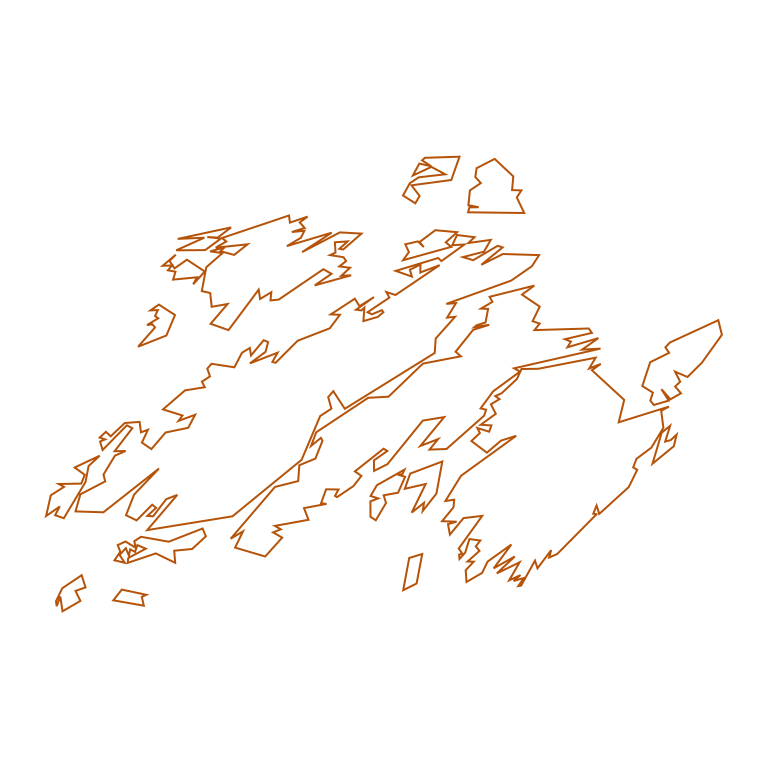 Vikna nor, Nord-Trøndelag, Norway
{"feature_id": "86288312B81438149454650", "entity_name": "Vikna nor", "entity_type": "district", "adm_level": 2, "iso_a3": "NOR", "parent_name": "Norway", "parent_adm1": "Nord-Trøndelag", "projection": "albers", "projection_center": [10.974, 64.92], "detail": "fine", "context": "isolated", "style": "outline", "palette": "amber", "viewbox_px": 768, "rotation_deg": 0, "n_neighbors": 0, "source": "geoboundaries", "source_scale": "gbopen_adm2", "svg_char_len": 6118}
<svg xmlns="http://www.w3.org/2000/svg" viewBox="0 0 768 768"><path d="M468.3,243.0L474.5,237.2L457.0,235.0L452.3,245.2L464.4,244.5L441.4,261.1L438.2,258.0L395.7,270.9L411.9,276.6L409.9,269.7L420.5,264.5L420.3,272.5L439.7,265.1L395.5,295.0L386.3,292.0L389.4,297.6L367.6,312.2L371.9,314.3L381.9,310.2L383.4,312.2L377.8,316.9L363.4,321.1L364.4,307.7L361.6,310.4L356.1,309.7L374.0,297.1L359.5,306.2L354.8,298.7L330.8,314.4L339.9,314.8L329.8,328.3L297.7,340.7L275.6,362.8L272.4,361.9L277.6,352.7L249.9,363.4L265.6,351.8L268.1,342.0L263.7,340.2L251.0,355.5L249.8,348.0L242.0,352.7L234.4,367.3L211.5,363.8L207.3,368.6L210.0,376.4L201.9,381.6L204.8,387.2L185.0,390.4L163.0,409.4L182.5,415.5L178.5,420.9L195.1,414.8L188.2,427.8L165.6,432.5L151.4,449.1L141.9,442.6L147.9,429.8L141.0,432.3L139.6,421.9L124.8,423.0L110.7,436.3L105.9,431.8L99.7,437.6L105.1,439.4L100.1,441.5L102.6,450.0L126.9,425.3L132.3,428.2L114.6,451.2L125.6,451.0L115.0,455.6L103.5,474.5L105.2,481.4L80.4,494.3L75.5,511.4L103.4,512.3L159.0,468.5L134.1,494.6L126.0,515.2L136.6,520.4L152.2,504.7L156.1,507.9L147.4,515.9L153.1,516.3L166.2,499.2L177.3,494.9L147.2,530.1L232.5,516.3L301.6,459.8L320.2,416.0L331.4,408.7L328.2,397.1L333.3,391.2L344.8,408.8L434.7,353.0L435.7,338.5L455.1,316.8L447.1,317.6L456.0,303.1L446.3,303.9L511.2,280.6L531.9,266.2L539.1,255.1L503.0,254.0L481.3,264.8L502.6,247.4L497.7,245.8L473.2,260.2L462.9,257.1L483.9,251.7L490.8,239.9L468.3,243.0ZM595.6,357.7L538.1,368.8L521.5,369.0L516.9,379.0L501.7,393.2L495.3,396.1L499.5,399.1L490.9,404.3L495.8,413.8L480.7,424.8L491.4,425.4L489.2,431.7L477.3,428.0L479.9,433.0L471.4,441.0L486.9,452.7L501.0,440.6L516.2,435.8L461.0,475.8L445.4,501.0L454.2,499.7L453.5,507.3L442.1,521.2L456.6,521.7L448.0,524.1L449.9,534.6L463.5,518.1L482.2,515.9L458.7,548.6L462.4,553.7L459.1,554.6L459.5,559.0L465.2,552.6L469.4,539.1L480.3,540.5L475.8,546.4L479.5,550.9L467.6,561.5L473.7,561.7L465.7,570.2L466.5,582.0L482.1,572.9L487.6,561.6L511.4,544.5L493.7,568.3L514.8,556.5L496.8,573.4L519.6,562.3L509.2,580.3L520.5,575.1L513.6,581.0L523.8,578.0L518.3,586.1L521.1,585.6L535.0,560.6L537.5,568.3L551.2,550.1L549.1,557.5L557.1,554.1L596.5,514.3L593.3,513.7L596.6,505.5L599.3,513.9L628.8,487.0L637.2,469.8L633.2,467.4L636.5,458.8L651.3,447.7L663.4,427.8L661.2,410.8L669.0,406.6L618.7,422.3L624.2,399.9L591.9,370.2L600.8,363.9L589.2,368.5L595.6,357.7ZM534.3,285.6L489.6,296.8L492.4,301.9L481.0,308.6L488.1,308.9L485.5,322.5L476.7,325.2L474.4,327.1L489.3,324.8L473.2,329.8L455.6,351.7L460.9,356.3L422.9,363.6L388.5,396.7L368.2,397.8L316.2,432.3L311.1,445.9L320.9,437.9L322.5,440.7L315.4,458.6L299.3,465.2L298.2,481.1L275.0,486.9L230.7,538.7L243.0,531.4L235.1,547.6L265.2,556.5L282.2,537.6L273.1,532.4L280.8,529.3L274.9,525.9L308.5,519.8L304.0,508.1L326.5,503.9L321.1,503.2L326.1,489.3L338.5,489.5L335.0,495.9L337.1,497.1L353.4,486.1L361.4,475.9L354.9,471.4L383.6,448.7L387.3,451.0L373.9,460.4L374.1,470.9L387.5,464.1L422.8,420.6L444.2,417.1L420.3,446.0L438.1,439.1L429.5,449.6L446.5,449.0L484.2,415.6L486.1,409.7L480.6,408.4L493.2,391.3L520.0,371.6L514.1,368.3L600.5,348.6L582.1,349.6L598.4,338.1L567.4,347.3L570.9,341.6L564.9,339.2L591.9,332.9L588.8,328.5L534.5,330.1L539.7,323.6L532.6,321.2L539.7,306.6L522.0,294.6L534.3,285.6ZM289.0,215.5L222.0,238.0L226.3,241.5L215.7,247.7L247.6,244.3L234.1,254.9L220.5,251.2L224.5,247.4L210.1,251.4L222.5,253.1L206.3,267.2L201.8,291.1L210.2,293.0L211.7,306.8L227.6,304.0L210.6,323.8L228.5,330.1L258.7,289.6L260.1,299.0L271.3,292.2L270.5,300.4L278.7,299.6L323.4,269.2L331.5,273.8L314.7,285.4L351.2,275.3L341.3,275.8L350.0,267.8L339.4,266.4L346.1,261.1L343.5,257.2L330.1,255.1L335.5,252.6L334.9,242.3L347.6,241.4L339.4,248.8L343.2,249.5L361.5,233.6L339.9,232.4L302.1,252.1L331.7,232.7L286.9,246.1L300.9,237.8L304.4,230.8L291.8,232.0L304.7,228.0L299.7,222.4L307.6,216.6L289.9,222.6L289.0,215.5ZM718.3,320.2L669.9,342.5L665.4,347.3L669.1,352.9L650.2,362.2L642.3,386.0L652.9,392.6L650.3,400.5L653.8,405.0L668.7,400.6L661.4,389.1L670.4,399.3L681.0,393.3L675.1,386.5L680.2,381.7L675.1,371.7L687.5,377.0L701.9,362.7L721.9,334.8L718.3,320.2ZM494.7,158.9L476.6,168.2L475.3,176.9L480.8,183.1L469.9,190.4L468.4,205.2L478.7,207.2L469.4,207.4L468.1,212.3L524.2,213.0L516.8,197.4L521.4,190.4L512.1,190.1L513.3,176.4L494.7,158.9ZM202.6,528.5L168.8,541.7L141.0,536.8L134.3,541.2L135.7,547.8L125.5,541.5L117.7,545.1L120.3,551.7L114.5,560.3L124.8,562.8L119.6,555.0L125.8,548.1L128.9,555.6L130.2,549.3L135.0,551.9L137.4,545.1L145.8,548.7L128.3,558.0L127.6,562.9L155.8,553.4L175.2,562.8L174.2,550.7L192.1,549.0L205.9,536.3L202.6,528.5ZM459.5,156.7L424.9,157.8L422.1,160.4L431.2,166.2L419.3,163.6L412.9,175.5L431.4,166.9L445.2,174.3L418.8,177.3L409.9,183.1L403.0,195.5L415.3,203.3L419.6,196.0L411.5,185.3L451.3,180.0L459.5,156.7ZM88.6,466.0L99.7,455.7L74.7,467.5L84.7,474.8L81.3,483.6L58.8,484.0L64.0,486.9L50.8,495.3L46.1,516.0L59.8,506.5L55.1,515.2L63.8,518.2L85.5,482.1L88.6,466.0ZM442.3,461.5L410.2,473.6L404.8,488.8L425.7,484.0L411.7,512.6L424.0,502.8L422.7,511.0L436.4,493.6L442.3,461.5ZM435.3,230.2L419.6,242.0L423.8,247.1L417.9,241.4L405.3,244.3L408.9,252.1L403.1,260.2L451.2,246.9L445.8,242.3L457.1,232.2L435.3,230.2ZM158.9,304.6L150.5,310.4L157.9,310.1L155.0,316.0L158.2,318.3L147.0,325.1L152.4,324.3L155.0,327.5L138.1,346.7L166.4,335.5L175.0,315.0L158.9,304.6ZM231.1,227.4L177.7,238.9L204.3,237.7L176.2,250.3L205.2,250.1L220.9,238.6L207.3,237.0L217.7,237.6L231.1,227.4ZM398.9,474.9L402.5,473.9L404.5,469.6L376.9,485.2L370.6,496.0L378.2,498.4L370.4,501.4L370.5,516.8L375.8,520.3L386.0,503.0L383.7,495.3L398.1,492.7L405.1,476.8L398.9,474.9ZM175.8,254.7L162.6,265.8L171.9,265.5L167.9,270.3L175.5,271.7L173.1,279.6L197.0,277.3L193.2,284.3L204.8,271.5L186.9,259.7L174.5,268.4L169.5,260.9L175.8,254.7ZM81.7,575.2L62.2,588.3L56.0,601.3L56.7,606.2L60.3,596.5L62.5,611.3L80.4,600.9L75.5,590.9L85.5,587.4L81.7,575.2ZM146.3,594.8L121.8,589.6L113.3,600.3L143.8,605.7L141.8,596.8L146.3,594.8ZM422.2,554.0L409.2,558.0L403.2,590.2L416.6,583.5L422.2,554.0ZM676.6,434.6L670.7,440.1L665.2,441.6L670.1,425.8L661.7,432.7L652.5,463.7L673.8,446.2L676.6,434.6Z" fill="none" stroke="#b45309" stroke-width="2"/></svg>